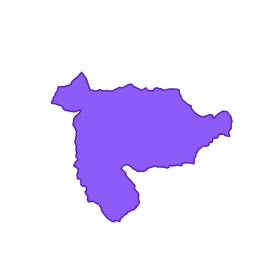 Goenkhatoe, Gasa, Bhutan, rotated 224°
{"feature_id": "84629894B85362517757759", "entity_name": "Goenkhatoe", "entity_type": "district", "adm_level": 2, "iso_a3": "BTN", "parent_name": "Bhutan", "parent_adm1": "Gasa", "projection": "mercator", "projection_center": [89.606, 27.867], "detail": "fine", "context": "isolated", "style": "filled", "palette": "violet", "viewbox_px": 256, "rotation_deg": 224, "n_neighbors": 0, "source": "geoboundaries", "source_scale": "gbopen_adm2", "svg_char_len": 5704}
<svg xmlns="http://www.w3.org/2000/svg" viewBox="0 0 256 256"><g transform="rotate(224 128 128)"><path d="M200.0,135.7L200.0,135.0L199.9,131.3L199.9,129.5L200.0,127.9L200.4,125.6L200.5,123.8L200.4,122.2L200.2,121.5L199.6,120.4L199.5,119.9L199.9,118.6L199.9,118.1L200.3,117.2L200.4,116.9L201.5,115.8L201.8,115.2L202.0,114.3L202.4,113.6L203.3,112.7L204.0,112.2L204.9,110.8L205.8,110.4L206.7,109.0L205.5,106.9L205.0,106.4L204.8,105.4L204.3,104.2L204.1,102.5L203.8,101.7L203.4,101.3L203.1,100.7L202.9,100.1L202.9,98.4L202.8,97.7L201.1,96.1L201.1,95.8L201.4,95.3L201.3,94.6L201.2,94.3L200.1,92.7L197.3,94.8L196.3,95.4L194.5,96.0L194.0,96.2L193.2,97.0L191.6,97.6L190.4,97.8L189.4,97.6L188.3,96.9L187.3,96.9L185.6,97.1L184.8,97.5L184.2,98.0L182.8,98.9L182.3,99.5L180.2,100.6L177.6,102.6L176.6,104.3L176.1,105.8L174.5,108.2L174.3,107.8L173.6,106.2L173.5,105.7L173.4,104.9L173.6,103.9L173.6,103.4L173.8,101.3L173.8,100.4L173.6,99.8L173.6,99.3L173.4,97.4L173.2,96.6L172.9,96.2L172.4,95.7L172.0,95.2L171.3,94.4L170.2,92.5L169.5,92.1L167.5,91.4L166.0,91.3L164.7,90.4L164.1,90.1L163.0,90.0L162.6,89.8L162.2,89.4L161.6,88.1L160.6,87.1L159.9,86.7L159.3,85.5L158.9,85.2L158.5,84.5L158.1,84.1L157.8,83.7L157.4,82.4L156.2,80.7L154.5,80.5L154.2,80.2L153.8,79.5L153.0,79.0L152.2,78.7L151.6,78.3L151.3,77.4L149.7,75.8L148.7,75.1L148.2,75.0L147.9,74.7L147.5,74.2L147.0,74.1L147.1,73.6L146.8,72.9L146.2,71.9L145.2,71.2L143.5,71.1L143.1,70.9L141.8,69.8L142.1,67.0L141.5,65.2L140.8,63.3L137.6,63.7L134.9,63.9L132.7,59.8L132.0,58.8L131.1,58.0L130.3,57.7L129.7,57.1L129.2,56.3L127.2,58.0L125.5,57.6L124.4,56.9L123.6,55.6L122.6,54.6L120.6,54.5L118.3,56.5L117.3,56.5L116.7,56.1L115.1,55.3L114.5,52.6L114.2,52.0L113.7,51.8L113.1,51.7L112.0,51.1L111.1,51.4L109.7,50.9L109.2,50.8L108.6,50.0L108.1,49.7L107.7,48.3L106.4,47.9L105.8,47.5L105.2,47.4L104.7,47.8L104.2,48.7L103.6,49.3L102.8,50.5L101.7,51.2L99.7,51.6L97.3,52.3L97.0,52.3L94.9,52.7L94.5,52.5L93.0,52.2L92.2,51.9L91.3,51.3L90.9,51.3L88.7,50.0L87.4,49.8L86.9,49.6L86.2,49.4L85.4,49.4L84.7,49.6L84.2,49.5L83.7,49.2L81.7,48.9L80.3,49.1L78.1,48.9L77.8,49.0L77.1,49.5L76.8,49.5L74.8,49.7L73.1,50.7L72.8,51.3L72.8,52.1L72.3,53.0L71.8,53.4L70.9,54.1L69.7,54.6L69.1,55.1L69.2,55.5L69.7,55.9L70.2,56.8L70.2,57.8L70.4,59.6L70.0,61.0L70.1,63.4L69.9,64.2L69.4,64.8L69.3,65.2L69.5,66.2L69.8,66.9L69.8,67.4L68.8,68.9L68.7,69.2L68.8,70.3L68.5,71.1L67.9,72.1L67.1,72.9L66.9,73.3L67.0,75.3L66.8,76.2L66.8,76.4L67.0,76.7L67.3,76.6L67.8,77.0L67.7,77.7L67.0,78.6L67.6,79.7L67.6,81.2L67.6,81.4L67.9,81.7L68.1,82.2L68.5,82.7L69.6,83.2L71.0,84.2L71.9,84.5L72.5,85.2L73.0,86.3L74.4,87.9L75.1,88.1L75.8,88.4L77.5,88.5L79.2,88.3L81.3,88.9L82.0,89.6L82.6,91.0L84.2,91.7L84.7,91.5L85.7,91.4L87.0,91.7L88.4,91.9L94.1,92.0L97.0,92.8L97.4,93.3L97.8,93.5L98.4,94.0L98.7,94.1L100.3,93.9L101.2,94.0L103.7,93.8L104.6,93.9L104.7,94.8L105.0,95.6L105.0,96.5L105.3,97.2L105.3,98.1L104.7,99.2L104.1,99.8L104.0,100.1L103.8,100.5L101.7,101.6L100.8,101.9L97.4,102.4L95.3,102.4L94.9,102.5L94.2,103.0L93.4,103.2L92.3,103.1L91.2,103.4L90.4,103.9L89.5,104.7L88.8,106.2L88.3,106.5L87.4,106.7L87.0,107.2L86.5,108.3L86.1,109.0L85.6,110.5L85.9,112.0L85.5,113.5L84.8,114.7L84.2,116.1L83.8,116.3L83.6,116.7L83.3,117.6L82.8,118.1L82.7,119.0L82.1,119.7L81.5,120.0L79.8,120.4L79.3,120.8L78.7,121.7L77.8,122.4L76.9,122.9L76.3,123.8L76.1,124.2L75.7,124.6L74.9,124.6L73.6,125.6L72.8,126.1L72.1,126.3L71.8,126.7L71.7,127.2L71.3,128.7L71.3,128.9L71.9,129.8L71.9,130.4L71.3,131.0L69.9,131.3L69.5,131.6L68.7,133.4L67.6,134.1L67.3,134.5L66.9,135.5L66.2,136.2L63.9,137.5L63.5,137.9L63.4,138.4L63.4,138.8L64.1,139.4L64.0,140.6L63.4,141.7L62.0,143.5L61.4,143.7L60.8,144.5L58.7,146.4L57.2,147.0L56.2,147.9L55.8,148.3L56.8,149.2L57.3,150.0L58.4,151.4L58.9,151.5L59.4,151.9L59.5,152.3L59.5,153.5L59.4,154.3L59.5,154.5L60.2,155.5L60.9,156.0L61.3,156.7L61.3,158.0L61.6,158.6L62.1,160.7L62.3,162.6L62.2,163.1L61.8,163.7L61.8,166.3L61.7,167.0L61.4,167.5L61.1,167.8L59.7,168.5L59.2,169.2L58.1,171.2L58.2,172.1L58.9,172.9L59.1,173.3L59.1,174.8L57.8,175.7L57.7,176.0L57.8,176.2L58.2,177.6L58.9,178.0L59.4,178.6L59.4,179.3L59.0,180.1L58.5,181.0L57.6,182.2L56.9,182.8L56.9,183.6L57.6,185.1L58.1,186.7L57.8,187.1L56.2,188.7L55.8,188.9L55.0,190.5L53.3,190.0L52.3,190.3L51.7,190.7L51.0,191.5L50.2,191.8L49.3,192.5L49.5,192.9L50.2,193.4L51.8,194.2L52.6,194.8L53.0,195.6L53.4,197.1L53.3,199.3L56.3,202.0L57.1,203.2L57.4,204.7L57.6,204.9L59.0,205.7L59.5,206.1L60.6,206.7L61.1,207.1L61.9,207.6L62.9,208.0L63.9,208.0L64.4,207.8L66.1,208.1L66.9,208.6L67.7,208.6L68.6,208.1L70.3,206.9L71.6,205.7L72.4,202.6L72.8,200.2L73.1,198.9L73.1,198.2L72.9,196.7L73.4,195.5L73.2,194.4L74.1,194.4L74.4,194.8L75.6,195.7L76.4,195.8L77.3,195.4L78.9,193.5L79.4,192.2L80.1,191.6L80.7,189.2L83.0,187.2L86.9,186.0L91.0,185.3L95.9,186.0L98.0,187.8L101.3,186.6L103.7,186.3L105.1,186.3L107.2,186.1L108.3,186.2L109.1,186.0L112.1,187.7L114.5,188.3L117.6,190.8L119.8,189.9L122.3,187.6L124.6,185.6L126.1,183.6L127.6,181.1L129.3,179.5L130.1,179.5L131.2,179.3L132.3,178.7L133.0,177.9L134.2,177.5L135.9,176.1L136.3,174.1L135.6,172.7L138.9,169.5L140.5,168.8L141.2,168.9L142.3,169.3L143.1,169.1L143.3,168.1L143.7,166.6L144.8,164.5L145.2,164.0L146.5,164.1L147.9,163.5L148.8,163.2L151.8,162.1L153.1,161.9L155.8,161.9L157.7,159.9L159.2,154.6L160.2,152.7L161.0,152.1L162.3,151.4L162.6,151.0L163.3,147.8L163.7,147.6L164.0,147.2L164.3,145.9L164.6,144.4L165.1,143.9L165.8,143.0L166.2,142.1L166.7,141.9L168.0,141.1L169.2,140.4L169.7,139.2L171.0,138.0L172.4,137.0L174.7,136.3L175.4,135.3L175.7,134.2L176.5,132.3L178.8,130.9L180.1,130.4L180.9,129.7L181.4,128.9L186.2,131.3L192.4,134.6L194.7,134.7L196.0,135.0L198.2,135.6L199.4,135.6L200.0,135.7Z" fill="#8b5cf6" stroke="#5b21b6" stroke-width="1.5"/></g></svg>